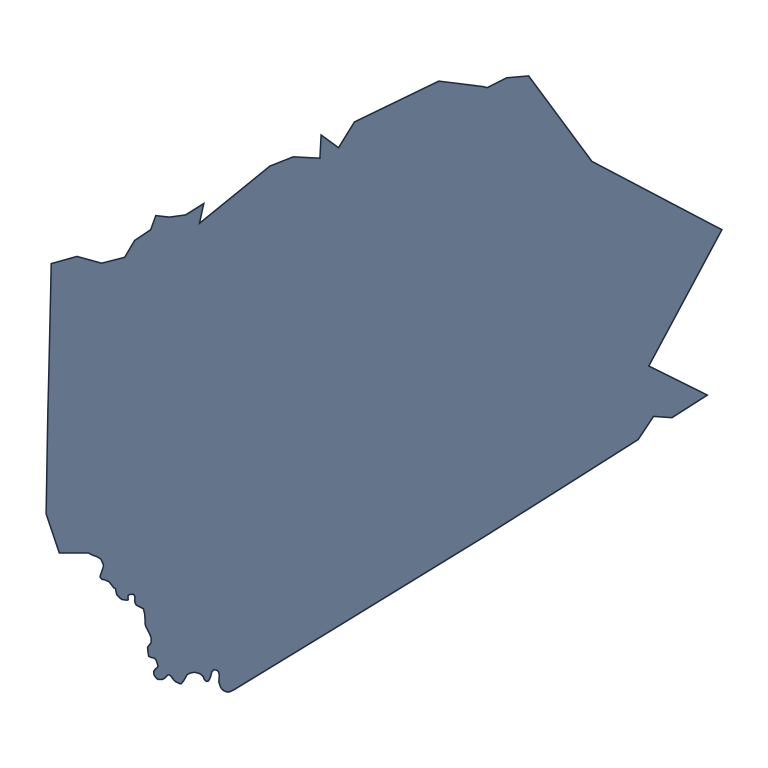 outline of Delaware, New York, United States of America
{"feature_id": "52423323B71236434888676", "entity_name": "Delaware", "entity_type": "district", "adm_level": 2, "iso_a3": "USA", "parent_name": "United States of America", "parent_adm1": "New York", "projection": "albers", "projection_center": [-75.162, 42.183], "detail": "fine", "context": "isolated", "style": "filled", "palette": "slate", "viewbox_px": 768, "rotation_deg": 0, "n_neighbors": 0, "source": "geoboundaries", "source_scale": "gbopen_adm2", "svg_char_len": 1617}
<svg xmlns="http://www.w3.org/2000/svg" viewBox="0 0 768 768"><path d="M711.5,224.3L591.9,161.4L528.6,75.9L506.6,77.8L487.1,87.7L483.8,86.7L438.8,81.1L354.5,121.9L338.5,147.7L321.1,135.0L319.9,158.2L293.3,156.8L270.0,166.0L199.5,223.3L203.8,203.5L185.6,214.9L169.5,217.1L155.8,215.6L150.7,229.7L134.6,240.5L124.7,257.3L101.5,263.2L76.9,256.4L51.2,263.6L50.6,293.5L48.8,373.1L47.8,414.1L46.1,513.8L59.3,553.0L88.4,553.0L92.6,555.2L97.3,556.8L101.0,559.2L103.4,564.8L103.3,566.9L100.1,576.2L100.3,577.5L102.1,579.4L104.7,579.8L109.1,581.8L113.8,587.8L115.4,588.5L116.7,594.6L120.3,598.4L122.0,599.5L126.4,600.2L127.9,600.0L128.2,599.6L128.0,596.0L128.8,595.0L130.1,594.4L133.4,594.3L134.9,596.3L134.7,601.2L135.2,603.1L136.3,605.1L143.4,608.8L144.6,613.7L145.1,620.0L145.1,624.1L145.9,626.6L149.7,634.1L151.2,638.1L151.1,642.7L147.6,647.2L147.8,650.8L148.6,656.2L151.0,657.4L154.3,658.2L155.9,659.5L158.0,665.6L157.4,667.5L155.3,669.1L153.7,671.4L153.8,673.9L154.4,675.6L156.0,677.8L157.8,679.4L162.4,679.5L164.5,678.3L167.7,675.0L169.2,674.8L170.9,676.1L173.7,679.9L175.8,681.8L179.8,683.7L181.2,683.7L183.6,680.9L187.2,674.5L190.7,672.9L194.7,672.3L198.9,673.3L201.3,674.7L203.3,676.7L204.1,679.1L205.0,680.2L206.3,681.3L207.5,681.4L208.4,680.9L209.5,679.3L210.8,676.1L211.7,672.2L213.4,670.0L214.8,669.7L217.6,670.7L218.5,671.9L219.3,674.9L218.8,682.0L220.5,687.0L221.9,689.1L223.7,690.7L227.2,692.1L229.6,691.9L234.1,689.7L336.1,627.5L483.8,537.0L559.4,489.4L638.2,439.5L641.8,434.1L653.5,416.4L671.9,417.7L707.3,395.1L648.8,366.0L721.9,229.7L711.5,224.3Z" fill="#64748b" stroke="#1e293b" stroke-width="1.5"/></svg>